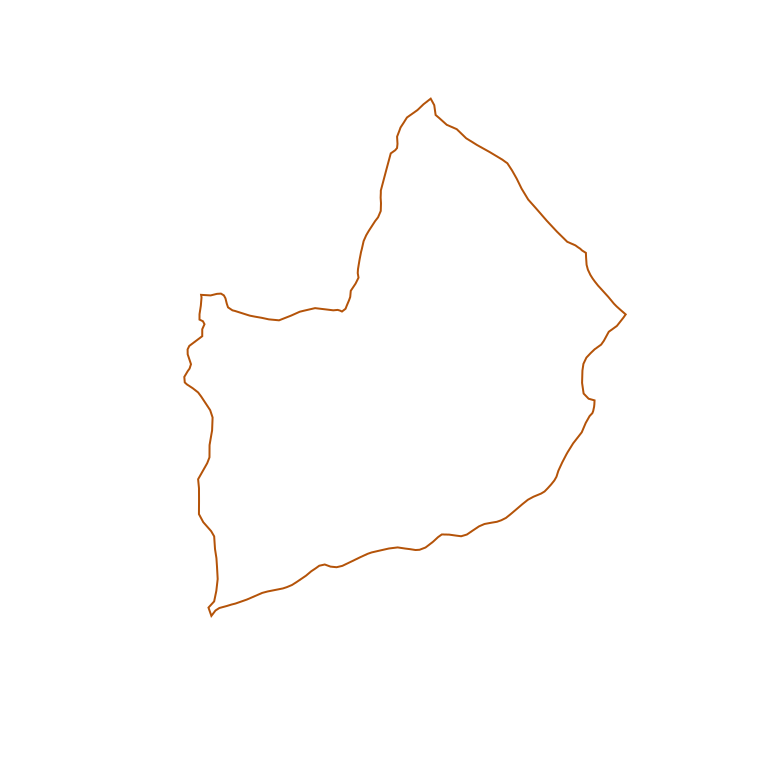 Yurung, Pemagatsel, Bhutan (orthographic projection), rotated 203°
{"feature_id": "84629894B71401387613270", "entity_name": "Yurung", "entity_type": "district", "adm_level": 2, "iso_a3": "BTN", "parent_name": "Bhutan", "parent_adm1": "Pemagatsel", "projection": "orthographic", "projection_center": [91.346, 27.042], "detail": "fine", "context": "isolated", "style": "outline", "palette": "amber", "viewbox_px": 768, "rotation_deg": 203, "n_neighbors": 0, "source": "geoboundaries", "source_scale": "gbopen_adm2", "svg_char_len": 2902}
<svg xmlns="http://www.w3.org/2000/svg" viewBox="0 0 768 768"><g transform="rotate(203 384 384)"><path d="M249.4,583.6L253.8,584.3L256.3,585.2L259.0,585.7L262.0,586.4L270.9,586.5L284.3,591.8L297.8,597.8L311.3,604.4L323.3,610.1L333.7,617.6L342.0,624.8L349.7,630.7L356.7,635.4L359.1,635.9L362.5,636.7L377.3,638.8L391.5,640.3L404.4,642.3L416.6,647.0L427.5,647.1L437.1,650.4L441.6,651.8L446.7,660.3L452.5,664.9L456.9,657.0L460.2,649.3L467.0,638.3L467.4,635.9L468.0,632.1L469.0,626.6L468.8,622.9L468.6,616.8L465.4,610.3L464.2,606.3L465.0,603.6L467.9,598.9L465.6,582.4L462.5,560.8L461.6,558.7L459.9,554.2L457.4,549.2L454.6,542.0L454.6,535.1L455.8,530.6L457.5,521.0L457.9,518.6L458.5,514.0L458.6,507.6L457.1,499.3L456.7,496.5L456.2,494.2L455.1,489.0L453.9,484.0L452.8,479.5L451.5,475.8L449.0,471.9L449.4,465.3L451.0,456.8L449.1,450.9L448.9,447.3L448.9,441.6L448.8,438.2L451.0,434.3L453.2,434.4L455.6,434.1L459.5,432.0L464.4,430.6L477.1,426.9L486.6,420.0L489.8,417.6L496.2,410.7L505.5,401.6L515.3,398.5L522.6,397.1L529.0,395.6L534.2,394.5L537.1,394.2L543.5,393.6L549.8,393.0L552.3,392.6L557.5,393.6L560.1,396.5L563.4,400.9L566.0,403.0L569.4,403.5L573.0,401.7L578.2,397.8L587.2,394.6L585.8,392.4L583.2,384.5L581.1,376.2L579.0,371.2L575.2,371.0L572.6,368.9L572.7,363.4L570.0,357.0L578.1,343.0L578.3,339.1L576.3,334.6L569.4,326.8L569.0,322.2L569.7,319.2L570.6,312.5L568.0,307.6L565.2,306.6L558.5,305.4L551.8,303.6L547.2,300.9L533.8,292.0L528.7,286.2L524.1,274.1L523.3,270.6L520.7,259.6L516.0,248.3L515.8,242.0L517.9,223.7L513.6,215.8L508.5,203.9L503.5,191.9L496.4,186.2L485.6,181.0L480.8,177.4L475.1,166.1L470.2,158.2L466.2,150.3L460.9,139.5L457.5,128.0L455.4,117.5L458.2,109.6L452.3,103.1L450.6,109.7L448.0,113.5L442.0,118.2L438.2,121.4L434.9,123.9L426.0,132.0L419.9,138.4L414.5,144.1L410.0,147.6L397.2,156.3L394.0,159.1L390.2,163.0L386.9,167.8L380.9,177.1L377.8,183.2L374.9,187.6L372.6,191.4L368.0,194.7L361.9,195.0L356.1,196.8L351.3,200.3L337.9,215.6L332.7,221.3L329.6,224.1L324.1,228.1L315.2,234.5L307.6,238.9L299.9,240.9L295.3,242.2L290.1,243.5L286.5,245.3L281.9,249.7L277.3,257.8L274.4,264.2L272.0,268.1L265.2,270.8L258.1,272.7L253.5,274.0L248.9,277.8L245.3,283.4L240.9,290.1L236.8,294.4L230.6,298.5L226.2,301.3L222.8,304.4L219.4,308.4L216.1,314.6L209.7,327.4L206.3,333.7L202.4,338.6L196.6,344.5L194.2,347.8L192.6,351.9L190.9,356.8L189.5,361.8L189.0,366.0L189.6,372.3L189.3,381.6L188.6,390.5L188.3,393.1L186.7,403.3L183.1,416.8L183.1,427.0L182.2,434.9L180.8,438.6L180.9,440.9L181.7,445.1L182.4,447.4L183.8,451.2L189.9,450.4L196.5,453.2L197.8,455.3L202.1,462.4L206.6,473.9L208.3,480.5L208.0,487.4L205.8,493.3L203.7,498.2L199.5,505.1L198.5,509.7L197.5,519.9L192.3,528.5L189.5,538.8L188.7,542.5L195.2,544.6L200.2,546.3L203.8,547.8L211.5,551.8L219.5,555.5L225.4,558.2L229.8,560.6L233.0,562.5L236.6,565.0L241.0,568.9L244.1,572.9L247.4,579.4L249.4,583.6Z" fill="none" stroke="#b45309" stroke-width="2"/></g></svg>